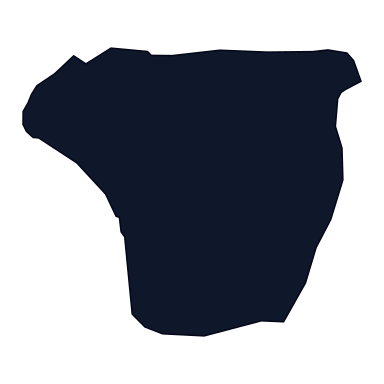 Magdalena Milpas Altas, Sacatepéquez, Guatemala
{"feature_id": "79465075B1840985123579", "entity_name": "Magdalena Milpas Altas", "entity_type": "district", "adm_level": 2, "iso_a3": "GTM", "parent_name": "Guatemala", "parent_adm1": "Sacatepéquez", "projection": "robinson", "projection_center": [-90.68, 14.541], "detail": "fine", "context": "isolated", "style": "filled", "palette": "ink", "viewbox_px": 384, "rotation_deg": 0, "n_neighbors": 0, "source": "geoboundaries", "source_scale": "gbopen_adm2", "svg_char_len": 664}
<svg xmlns="http://www.w3.org/2000/svg" viewBox="0 0 384 384"><path d="M305.5,282.9L316.1,247.6L330.8,219.4L342.9,179.9L342.0,148.0L335.4,126.4L337.7,98.8L341.1,92.4L345.6,89.4L355.1,84.4L361.0,81.3L353.6,60.6L346.9,53.0L327.9,49.9L312.8,51.6L267.1,52.1L219.8,50.2L172.2,55.6L151.3,55.4L147.5,51.5L111.0,48.1L85.9,63.9L73.7,55.8L54.6,73.8L36.9,85.7L31.5,94.3L28.0,102.9L23.1,111.5L23.0,124.4L26.4,131.4L33.1,137.5L38.6,137.9L76.8,162.9L105.6,194.1L116.1,216.3L119.4,217.4L121.1,231.9L124.7,236.9L132.2,314.1L135.8,317.8L141.3,323.3L145.0,327.0L162.5,333.8L204.2,335.9L261.3,320.8L283.6,321.8L305.5,282.9Z" fill="#0f172a" stroke="#020617" stroke-width="1.5"/></svg>